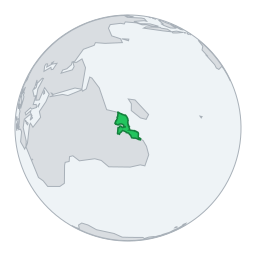 globe centered on Mozambique, rotated 295°
{"feature_id": "MOZ", "entity_name": "Mozambique", "entity_type": "country or territory", "adm_level": 0, "iso_a3": "MOZ", "parent_name": "Africa", "parent_adm1": "", "projection": "orthographic", "projection_center": [35.316, -18.663], "detail": "fine", "context": "on_globe", "style": "filled", "palette": "green", "viewbox_px": 256, "rotation_deg": 295, "n_neighbors": 0, "source": "natural_earth", "source_scale": "50m", "svg_char_len": 9342}
<svg xmlns="http://www.w3.org/2000/svg" viewBox="0 0 256 256"><g transform="rotate(295 128 128)"><circle cx="128" cy="128" r="113" fill="#eef3f6" stroke="#a8b0b8"/><path d="M15.8,118.2L15.8,121.8L15.6,125.1L16.0,124.6L16.0,126.5L19.2,124.2L22.3,126.2L23.2,132.8L22.5,142.4L26.5,159.9L26.6,168.9L29.7,176.0L35.1,187.8L34.7,189.5L38.0,193.1L40.4,197.0L41.0,198.6L43.9,201.9L44.5,203.0L46.0,204.2L51.0,209.7L54.3,212.2L59.0,216.3L61.1,217.6L61.4,218.1L62.7,219.2L64.2,220.1L63.3,220.0L58.5,216.6L55.5,214.2L55.8,214.5L55.6,214.3L49.4,208.7L43.7,202.7L38.4,196.2L33.6,189.5L29.3,182.3L25.6,174.9L22.4,167.2L19.8,159.3L17.8,151.3L16.4,143.1L15.6,134.8L15.4,126.5L15.8,118.2ZM66.1,220.8L64.1,220.5L64.6,220.4L61.7,218.1L64.0,218.8L66.1,220.8ZM58.9,214.4L57.4,212.6L58.1,212.8L59.2,214.1L58.9,214.4ZM154.2,18.5L154.6,18.6L155.5,18.8L155.4,18.7L163.4,21.1L171.2,24.0L178.8,27.4L186.0,31.5L193.0,36.0L199.6,41.1L205.9,46.6L211.7,52.6L217.0,59.0L221.9,65.7L226.2,72.8L230.0,80.2L230.4,81.2L229.5,80.6L230.1,82.2L228.2,78.8L228.0,80.6L233.3,93.6L234.0,96.6L232.6,99.8L232.1,97.3L227.1,88.3L227.8,95.2L231.7,104.1L233.1,112.6L230.8,108.3L229.2,100.7L227.5,97.3L226.8,91.0L223.0,80.7L220.7,80.6L219.7,77.0L214.2,68.2L210.2,68.1L204.6,74.3L205.7,83.5L203.0,86.8L195.0,71.4L191.6,62.4L188.6,62.4L180.5,54.3L166.1,51.6L164.2,49.4L161.5,50.0L155.8,47.5L152.9,44.3L149.4,44.2L157.2,53.0L160.9,53.2L164.2,50.4L165.7,53.6L171.2,57.1L164.7,64.0L143.6,69.8L141.8,63.0L126.8,46.0L127.4,44.3L127.3,44.1L127.2,43.7L125.6,46.6L123.1,43.7L130.8,54.6L132.0,59.8L143.3,70.2L142.2,71.3L145.9,73.7L158.0,71.8L158.0,74.2L152.2,85.0L135.6,100.9L138.0,112.7L137.0,123.1L127.0,130.2L128.3,138.7L123.1,141.9L123.1,146.9L119.2,152.5L112.5,158.1L100.8,159.3L99.8,154.7L93.5,146.5L84.7,127.0L87.3,117.5L86.1,110.9L77.7,97.8L79.5,89.8L77.4,87.1L72.8,88.8L70.3,85.6L67.6,86.2L51.0,93.7L46.2,90.9L41.1,79.9L44.3,73.5L45.3,67.8L67.7,43.6L72.0,43.2L89.0,37.5L91.1,37.6L88.5,41.5L100.8,44.3L105.5,40.7L117.2,42.5L125.4,42.2L129.3,35.4L115.9,35.6L114.2,32.7L125.4,29.8L137.2,30.4L136.9,29.3L129.9,26.8L133.1,25.2L127.5,26.0L129.4,27.0L126.0,27.6L124.0,26.8L125.2,26.1L121.8,25.8L117.0,29.5L118.4,30.9L109.1,32.2L110.6,34.8L107.9,36.4L104.4,32.6L105.1,31.1L98.3,28.3L96.7,29.9L103.1,32.8L100.9,32.8L98.8,35.5L98.6,33.4L92.2,30.3L84.1,32.8L73.1,41.3L68.5,43.2L65.2,43.3L70.1,36.5L79.6,33.1L81.5,31.1L80.3,29.6L83.3,28.9L84.0,28.0L87.6,26.9L93.6,24.0L97.4,23.1L100.4,20.9L102.8,20.3L100.3,21.7L100.7,22.4L110.3,21.0L112.4,20.4L113.6,19.2L116.1,19.2L116.0,18.3L121.9,17.7L114.7,17.8L115.9,17.0L119.8,16.3L118.9,16.1L112.5,17.4L111.1,17.9L112.0,18.3L107.1,20.5L103.6,21.3L103.9,19.5L99.0,20.6L101.3,19.2L117.2,15.9L123.5,15.5L132.3,15.7L130.5,15.9L126.3,15.7L129.5,16.3L129.5,16.0L131.6,16.2L133.3,15.9L134.9,16.0L133.8,15.6L135.9,15.8L136.5,16.0L140.8,16.1L145.4,16.7L145.6,16.7L145.0,16.6L154.2,18.5ZM59.5,53.8L58.7,55.5L59.5,53.8ZM149.4,35.2L156.6,36.3L153.8,32.2L156.3,32.4L154.4,31.1L153.5,31.9L148.9,28.6L152.1,28.0L151.5,26.7L149.0,26.3L143.8,27.9L150.4,32.5L148.5,33.8L149.4,35.2ZM84.2,25.3L85.2,25.3L83.4,26.4L78.5,28.4L81.0,26.8L84.2,25.3ZM87.0,25.0L88.6,23.2L91.6,22.2L89.6,23.0L91.5,22.5L88.8,23.8L90.2,24.9L88.7,26.0L80.6,28.7L84.1,27.0L82.9,27.1L87.0,25.0ZM93.7,36.0L95.4,35.8L98.0,35.3L96.8,37.2L93.7,36.0ZM89.2,33.8L90.7,33.3L90.2,35.4L88.5,35.7L89.2,33.8ZM92.0,31.5L90.8,33.2L90.4,32.4L92.0,31.5ZM101.8,21.3L103.5,20.9L103.5,21.1L102.4,21.7L101.8,21.3ZM126.8,36.5L124.2,37.8L123.1,37.2L124.2,36.8L126.8,36.5ZM109.6,37.0L113.3,37.6L109.2,37.6L109.6,37.0ZM169.2,188.2L169.7,190.3L168.1,190.1L169.2,188.2ZM156.4,122.5L148.9,141.0L143.5,140.8L142.4,135.0L145.2,123.6L151.4,120.8L154.4,116.0L156.4,122.5ZM238.4,141.8L238.6,143.7L238.5,144.1L238.4,141.8ZM238.3,138.6L238.7,140.3L238.0,139.4L238.3,138.6ZM238.8,141.0L239.2,141.6L239.4,141.5L239.2,142.5L238.8,141.0ZM237.9,137.6L234.7,132.0L233.1,128.5L233.8,127.1L236.3,131.0L237.9,137.6ZM233.6,126.9L230.8,118.6L225.1,99.9L227.2,101.5L232.8,114.6L232.5,115.9L234.2,121.9L233.6,126.9ZM239.3,125.3L238.9,129.7L237.4,126.2L236.6,124.1L236.1,117.1L236.4,114.5L237.2,115.7L238.7,110.0L239.5,114.1L239.4,117.0L239.9,122.4L239.3,125.3ZM206.2,84.6L208.9,91.2L207.3,91.6L206.2,84.6ZM238.2,105.0L238.3,107.4L237.9,103.4L238.2,105.0ZM237.6,102.2L237.1,100.1L237.2,100.3L237.6,102.2ZM231.1,85.0L230.3,84.3L229.8,82.8L230.4,82.9L231.1,85.0ZM213.7,201.1L218.6,194.9L218.1,195.5L220.3,192.5L218.8,194.5L221.7,190.3L223.5,187.0L219.5,185.6L219.7,182.7L222.0,179.8L226.9,168.3L227.1,169.1L230.0,162.1L233.7,161.3L237.2,154.5L236.5,158.2L236.8,157.1L234.4,165.1L231.3,172.9L227.7,180.4L223.6,187.6L218.9,194.6L213.7,201.1ZM238.8,145.8L239.4,144.0L239.4,144.8L238.8,145.8ZM240.4,135.3L240.5,134.3L240.4,134.6L240.4,135.3ZM240.6,125.2L240.2,124.3L240.3,127.9L240.6,127.9L240.3,129.2L240.2,135.4L240.0,136.8L240.2,130.2L239.7,135.2L239.5,134.3L239.8,129.1L240.1,124.3L240.3,122.8L240.6,125.1L240.6,125.2ZM239.6,112.5L239.5,112.0L239.6,112.5Z" fill="#d9dde1" stroke="#a8b0b8" stroke-width="1"/><path d="M120.7,135.4L120.9,135.2L121.2,134.9L121.5,134.6L121.7,134.3L122.0,134.0L122.3,133.7L122.6,133.3L122.7,133.2L122.6,132.9L122.8,132.5L122.8,132.3L122.8,132.1L122.9,131.9L123.1,131.7L123.3,131.4L123.5,131.1L123.7,130.6L123.7,130.4L123.5,130.0L123.4,129.8L123.3,129.5L123.4,129.2L123.4,128.9L123.3,128.7L123.2,128.7L123.1,128.4L123.4,128.2L123.5,128.2L123.6,127.7L123.7,127.4L123.6,127.1L123.6,126.9L123.6,126.3L123.6,125.6L123.6,125.3L123.4,124.8L123.4,124.5L123.5,124.3L123.5,124.2L123.3,124.2L123.2,124.1L122.6,123.8L122.2,123.7L121.6,123.7L121.2,123.3L120.8,123.2L120.7,123.1L120.3,122.9L119.7,122.9L119.2,122.9L118.8,122.9L118.7,122.9L118.7,122.5L118.7,122.2L118.7,121.9L118.6,121.6L118.4,121.3L118.3,121.1L118.4,120.9L118.8,120.7L119.2,120.6L119.6,120.4L120.0,120.3L120.4,120.2L120.8,120.1L121.0,120.0L121.2,119.9L121.7,119.7L121.8,119.7L122.1,119.6L122.7,119.3L123.3,119.1L123.6,119.0L124.0,118.9L124.0,119.0L124.3,119.4L124.6,119.7L124.8,120.0L124.9,119.9L125.0,119.9L125.4,119.8L125.6,119.8L125.7,119.7L125.9,119.7L126.1,119.6L126.5,120.0L126.5,120.3L126.5,120.7L126.6,120.8L126.6,121.1L126.5,121.4L126.3,121.7L126.3,121.9L126.2,122.2L126.0,122.3L126.0,122.6L126.2,122.8L126.3,122.9L126.3,123.0L126.3,123.3L126.5,123.4L126.7,123.6L127.0,123.9L127.3,124.3L127.6,124.4L127.6,124.5L127.5,124.8L127.6,125.0L127.8,125.0L128.0,124.9L127.9,124.4L127.8,124.0L127.7,123.9L127.8,123.8L127.9,123.5L128.0,123.3L128.0,123.1L128.5,123.0L128.8,122.9L128.9,122.7L129.0,122.1L129.0,121.6L128.9,121.3L129.0,120.9L129.1,120.6L129.0,120.2L128.7,119.8L128.3,119.2L128.1,119.0L127.9,118.6L127.4,118.1L127.2,118.0L127.1,117.9L126.7,117.8L126.7,117.7L126.5,117.3L126.5,117.1L126.5,116.7L126.4,116.2L126.3,115.7L126.2,115.3L126.2,115.2L126.4,114.9L126.5,114.7L126.6,114.3L126.7,114.2L127.1,114.1L127.3,114.1L127.7,114.1L128.2,114.1L128.3,114.1L128.5,114.2L128.9,113.9L129.1,113.9L129.5,114.0L129.7,114.3L129.9,114.4L130.3,114.4L130.6,114.3L130.8,114.2L131.0,114.1L131.4,114.2L131.5,114.3L132.0,114.4L132.3,114.3L132.6,114.1L132.8,114.0L132.9,113.8L133.0,113.6L133.5,113.6L133.8,113.6L134.1,113.8L134.3,113.7L134.7,113.5L135.1,113.4L135.4,113.4L135.7,113.3L135.9,113.1L136.2,113.0L136.4,113.0L136.7,112.9L137.0,112.7L137.4,112.5L137.7,112.2L137.9,112.1L138.0,112.3L138.2,112.5L138.2,112.8L138.0,113.0L138.1,113.3L138.0,113.5L137.8,113.6L137.8,113.8L137.9,114.0L137.8,114.4L137.9,114.8L138.0,115.0L138.0,115.3L138.0,115.7L138.0,115.8L137.9,116.0L138.0,116.1L138.1,116.3L138.1,116.6L137.8,116.8L137.8,117.0L138.0,117.0L138.0,117.3L138.0,117.5L138.1,117.8L138.0,118.1L138.1,118.7L138.1,119.2L138.1,119.3L138.3,119.4L138.3,119.6L138.1,119.8L138.1,120.0L138.3,119.8L138.5,119.9L138.4,120.1L138.5,120.1L138.5,120.4L138.5,120.6L138.4,120.7L138.2,120.8L138.2,121.0L138.1,121.3L138.1,121.5L137.9,121.9L137.4,122.4L137.2,122.6L137.0,122.8L137.0,123.0L136.8,123.3L136.6,123.4L136.4,123.5L136.5,123.7L136.4,123.8L136.1,124.0L135.4,124.4L135.3,124.5L135.1,124.8L134.8,124.8L134.7,124.9L134.4,124.9L134.2,124.9L133.8,125.1L133.3,125.3L133.2,125.3L132.7,125.5L132.1,125.9L131.6,126.2L131.2,126.5L131.0,126.9L131.0,127.0L130.7,127.3L130.3,127.7L130.2,127.8L130.0,128.1L129.9,128.3L129.8,128.1L129.7,128.4L129.2,128.5L128.6,129.0L128.1,129.6L127.3,130.3L127.2,130.3L126.9,130.1L127.0,130.3L126.9,130.5L127.0,130.8L126.9,131.4L126.9,131.6L127.0,131.7L127.2,131.9L127.4,132.2L127.6,133.0L127.7,133.4L127.9,133.9L127.9,134.1L128.0,134.6L128.0,135.1L128.0,135.3L128.2,135.2L128.2,134.9L128.3,134.8L128.4,135.0L128.4,135.3L128.3,135.8L128.3,136.1L128.5,136.4L128.3,136.9L128.1,137.9L128.1,138.1L128.3,138.2L128.3,138.6L128.2,138.8L127.9,139.3L127.7,139.5L127.4,139.8L126.7,140.1L125.4,140.6L124.8,140.8L124.5,141.0L123.8,141.4L123.5,141.7L123.4,142.1L123.2,142.4L123.3,142.6L123.5,142.8L123.7,142.7L123.8,142.6L123.8,142.9L123.7,144.0L123.2,144.1L122.8,144.1L122.5,144.1L122.4,144.1L122.4,143.4L122.2,143.1L122.3,142.9L122.3,142.7L122.1,142.4L122.0,142.2L122.1,141.7L122.1,141.2L122.1,140.6L122.1,140.2L122.0,139.8L122.0,139.4L122.0,139.2L121.9,139.0L121.8,138.6L121.7,138.3L121.5,138.1L121.4,137.9L121.3,137.7L121.2,137.5L121.2,137.4L121.2,137.1L121.0,136.6L120.9,136.3L120.8,135.8L120.7,135.6L120.7,135.4ZM126.9,115.1L126.8,114.9L126.8,115.0L126.7,115.1L126.8,115.2L126.9,115.1ZM126.7,115.0L126.7,114.9L126.5,115.0L126.7,115.0Z" fill="#22c55e" stroke="#15803d" stroke-width="1.5"/></g></svg>